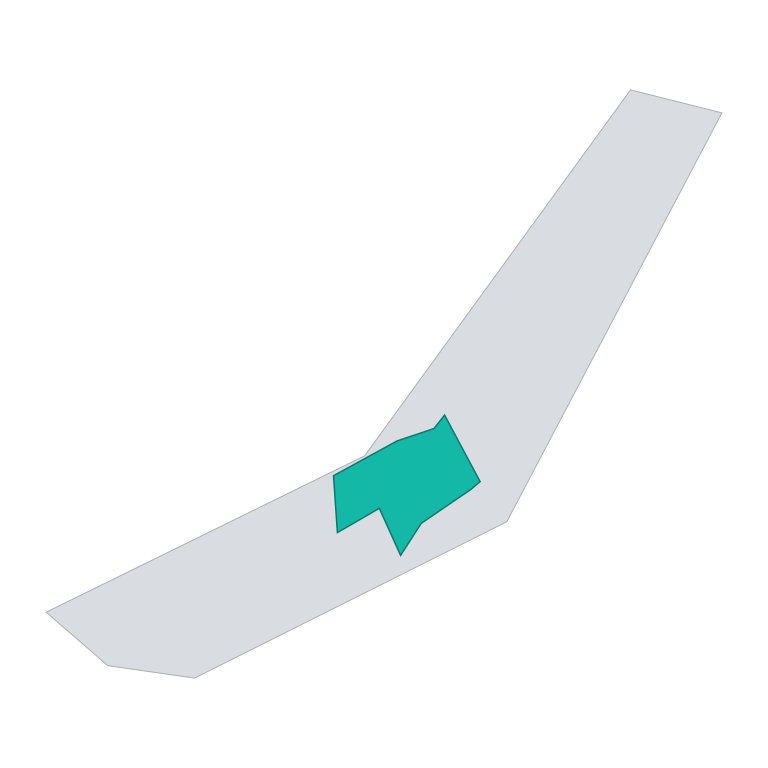 location of Devonshire within Bermuda
{"feature_id": "BMU-5136", "entity_name": "Devonshire", "entity_type": "state/province", "adm_level": 1, "iso_a3": "BMU", "parent_name": "Bermuda", "parent_adm1": "", "projection": "equal_earth", "projection_center": [-64.76, 32.301], "detail": "fine", "context": "in_parent", "style": "filled", "palette": "teal", "viewbox_px": 768, "rotation_deg": 0, "n_neighbors": 0, "source": "natural_earth", "source_scale": "10m", "svg_char_len": 420}
<svg xmlns="http://www.w3.org/2000/svg" viewBox="0 0 768 768"><path d="M506.8,521.7L194.5,678.1L107.8,665.7L46.1,612.2L364.6,455.8L630.5,89.9L721.9,112.9L506.8,521.7Z" fill="#d9dde1" stroke="#a8b0b8" stroke-width="1"/><path d="M333.5,475.7L397.1,440.9L434.0,428.5L444.6,415.1L480.1,481.6L470.9,489.4L421.3,523.3L400.6,555.4L379.3,508.3L337.4,532.6L333.5,475.7Z" fill="#14b8a6" stroke="#0f766e" stroke-width="1.5"/></svg>